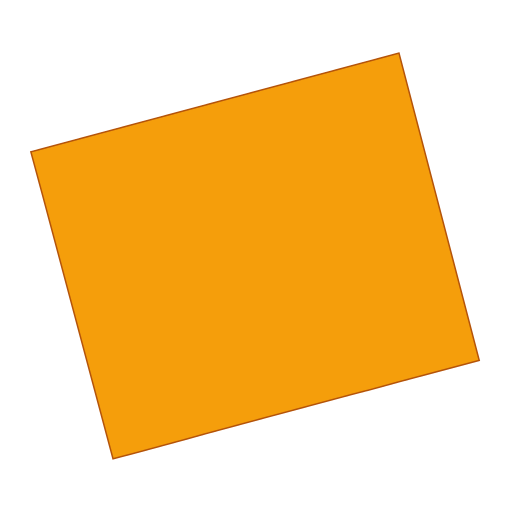 the district of Howard, Iowa, United States of America, rotated 165°
{"feature_id": "52423323B7267106537917", "entity_name": "Howard", "entity_type": "district", "adm_level": 2, "iso_a3": "USA", "parent_name": "United States of America", "parent_adm1": "Iowa", "projection": "albers", "projection_center": [-92.295, 43.357], "detail": "fine", "context": "isolated", "style": "filled", "palette": "amber", "viewbox_px": 512, "rotation_deg": 165, "n_neighbors": 0, "source": "geoboundaries", "source_scale": "gbopen_adm2", "svg_char_len": 370}
<svg xmlns="http://www.w3.org/2000/svg" viewBox="0 0 512 512"><g transform="rotate(165 256 256)"><path d="M65.4,415.0L446.5,414.9L446.4,367.8L446.6,97.1L438.5,97.1L427.3,97.0L367.3,97.2L351.3,97.4L288.3,97.5L287.0,97.5L215.0,97.5L199.4,97.5L185.1,97.4L183.0,97.3L150.8,97.5L138.4,97.5L67.4,97.4L65.4,415.0Z" fill="#f59e0b" stroke="#b45309" stroke-width="1.5"/></g></svg>